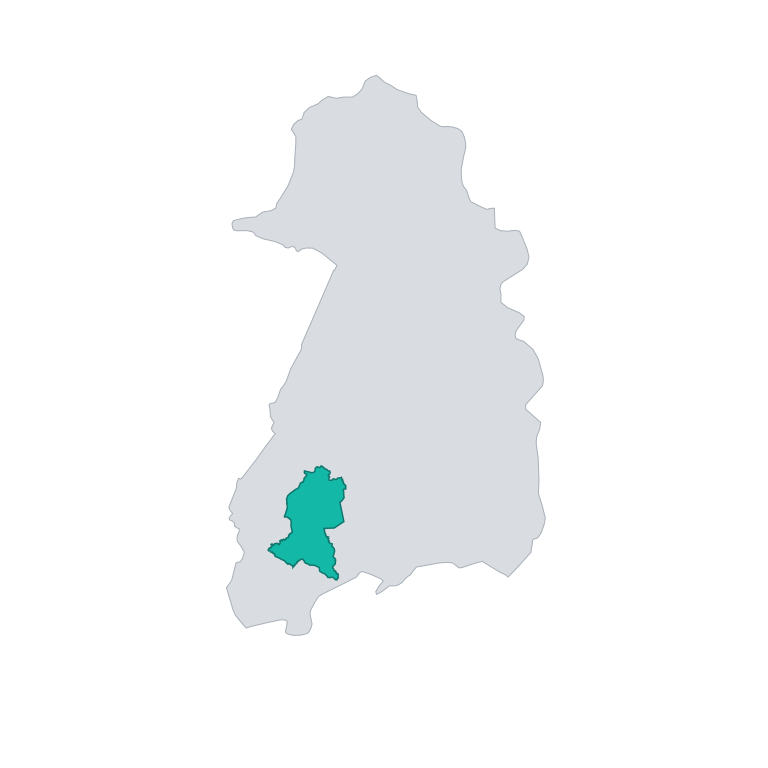 location of Gourma, Gourma, Burkina Faso, rotated 114°
{"feature_id": "67063806B98154706729521", "entity_name": "Gourma", "entity_type": "district", "adm_level": 2, "iso_a3": "BFA", "parent_name": "Burkina Faso", "parent_adm1": "Gourma", "projection": "mercator", "projection_center": [0.724, 12.228], "detail": "fine", "context": "in_parent", "style": "filled", "palette": "teal", "viewbox_px": 768, "rotation_deg": 114, "n_neighbors": 0, "source": "geoboundaries", "source_scale": "gbopen_adm2", "svg_char_len": 9113}
<svg xmlns="http://www.w3.org/2000/svg" viewBox="0 0 768 768"><g transform="rotate(114 384 384)"><path d="M558.0,475.7L539.9,476.4L533.3,478.4L529.3,478.4L529.1,476.8L528.7,475.8L505.8,470.2L489.7,466.9L473.4,463.2L472.5,466.7L470.1,468.9L466.6,469.0L464.2,468.5L462.5,471.1L459.9,474.6L456.1,476.4L452.4,478.5L450.3,480.4L448.8,480.5L445.1,476.0L440.1,475.5L430.8,476.3L426.7,475.1L421.0,474.5L407.6,475.4L386.1,473.6L382.6,474.6L381.7,475.4L360.5,475.6L337.1,475.8L317.6,476.0L300.5,476.2L300.4,475.4L294.9,475.3L294.3,476.8L289.5,494.7L288.9,504.5L291.5,510.5L294.4,514.3L297.7,515.9L298.0,518.1L295.4,520.9L295.6,523.8L298.7,526.8L299.4,529.9L297.9,533.1L298.2,541.0L300.5,553.4L300.6,561.4L298.4,565.1L299.5,571.4L303.7,580.3L304.4,584.0L302.9,585.8L299.4,588.1L295.9,588.0L291.8,582.6L289.9,580.2L286.6,574.8L283.8,569.3L279.9,566.9L276.2,564.7L271.6,557.7L267.2,554.4L262.5,555.4L255.7,554.1L242.0,552.3L227.2,552.9L221.0,554.4L215.0,557.0L199.6,562.6L193.6,565.3L189.0,572.3L183.8,572.1L178.5,569.9L175.3,566.7L168.3,567.4L161.5,564.4L155.0,558.3L150.2,556.3L144.0,551.9L142.3,543.6L138.4,537.7L134.8,529.6L129.5,526.0L123.4,524.0L114.9,524.4L109.4,521.2L105.0,516.4L106.1,512.3L108.1,506.4L108.3,500.8L109.7,491.6L108.8,480.1L107.3,472.1L112.0,468.8L117.4,465.8L120.7,460.4L124.2,448.2L125.7,437.6L124.6,433.7L122.8,430.6L121.4,426.0L120.6,420.5L121.6,415.6L125.7,411.1L130.8,407.4L134.4,405.6L144.1,403.7L156.1,400.9L163.1,397.7L168.2,394.6L171.0,392.0L173.9,386.9L178.6,382.9L182.2,378.9L182.7,367.6L182.7,361.2L180.0,357.7L178.5,354.7L196.4,345.9L196.5,339.7L194.0,332.8L190.5,327.2L189.2,322.4L194.2,316.7L198.6,312.4L201.8,308.8L208.8,303.3L216.1,301.8L222.8,303.9L242.3,316.9L245.7,317.7L249.8,316.8L255.0,313.3L261.7,310.6L264.1,301.9L263.9,289.1L265.4,283.3L269.0,282.2L280.2,284.7L283.1,284.8L286.4,284.0L288.8,281.7L288.7,277.6L288.2,273.9L291.8,262.0L298.5,253.1L312.1,241.9L316.3,239.7L321.2,238.5L345.5,246.2L349.4,244.3L355.4,225.2L362.0,223.4L369.9,223.1L375.0,221.4L377.6,220.1L389.2,212.9L409.5,203.0L420.5,198.8L422.6,197.2L430.5,190.2L440.9,182.1L447.5,180.5L456.7,179.9L462.5,181.2L464.0,183.5L465.9,184.7L477.9,181.3L495.0,186.7L509.9,192.1L508.9,195.4L508.8,201.4L507.6,210.9L506.1,222.3L512.2,229.6L519.5,237.5L521.5,240.6L519.6,248.3L520.9,252.9L524.8,260.5L531.4,270.1L538.1,280.0L542.8,281.3L547.3,282.1L550.0,283.9L553.9,285.6L557.9,286.7L561.3,288.9L563.5,291.0L566.3,297.1L573.9,301.1L579.2,305.1L577.1,307.1L570.5,306.3L564.2,304.6L563.4,307.5L563.2,318.6L564.2,327.9L565.6,329.2L571.9,330.9L586.8,343.0L600.4,354.4L604.9,357.4L612.4,358.5L620.8,359.0L624.4,357.9L632.5,352.1L636.8,351.5L640.8,351.7L643.0,352.6L646.9,357.3L650.5,364.4L651.5,369.6L651.2,372.4L650.0,373.4L643.3,374.8L640.4,375.9L639.7,377.4L640.7,380.9L642.0,383.2L649.3,393.4L659.8,407.1L663.0,410.6L661.2,414.7L655.8,425.5L651.9,429.9L634.2,445.1L625.5,443.3L607.4,446.4L604.7,442.9L600.4,442.4L595.2,443.0L593.2,444.4L592.7,445.9L590.8,448.0L587.4,454.0L584.8,455.5L581.6,456.4L577.7,456.3L575.3,457.1L575.3,460.1L574.6,462.7L571.9,464.0L570.8,466.9L571.0,469.7L569.5,471.0L566.0,470.3L564.0,469.5L562.1,473.2L559.7,475.7L558.0,475.7Z" fill="#d9dde1" stroke="#a8b0b8" stroke-width="1"/><path d="M486.6,385.0L487.3,385.4L487.7,386.0L488.2,387.1L488.8,387.9L489.0,388.2L490.0,388.3L490.5,388.6L490.8,389.0L490.9,389.9L491.3,391.9L492.9,392.2L494.2,394.8L493.9,395.3L493.6,395.6L492.2,396.1L491.0,395.9L490.6,396.4L490.5,397.3L490.2,397.9L489.5,397.6L489.2,397.6L488.7,397.2L487.3,397.0L487.2,397.1L486.8,397.2L485.7,398.1L485.7,398.5L485.8,398.9L486.1,399.2L486.1,399.6L485.4,401.4L485.4,403.2L485.4,404.0L484.8,405.1L484.7,405.5L484.8,406.2L484.7,406.6L484.2,407.4L484.7,408.3L486.1,408.5L486.7,409.3L486.8,409.6L486.7,410.2L486.8,411.4L487.1,411.8L489.0,412.5L491.3,411.7L491.9,411.7L492.5,411.8L493.2,412.2L493.8,412.9L494.2,413.6L494.5,413.8L494.7,415.7L495.5,419.9L495.7,421.3L497.0,420.9L497.8,420.3L498.0,420.0L497.7,418.7L497.8,418.5L498.3,417.6L498.9,417.2L499.3,417.4L499.8,417.9L502.9,418.6L504.8,418.0L505.4,418.0L505.9,418.4L506.3,418.1L506.6,418.2L506.7,418.4L506.9,418.3L507.1,418.5L507.3,418.7L507.2,418.8L507.4,419.2L508.3,420.0L513.0,419.9L514.0,420.1L515.0,420.8L516.7,422.2L518.2,423.0L522.1,425.2L524.9,426.4L525.7,426.5L526.0,426.4L527.9,426.3L528.9,426.1L529.5,425.9L529.9,425.4L530.9,424.8L531.6,424.8L532.3,424.5L532.5,424.0L533.3,423.8L534.1,423.3L534.6,422.7L535.1,422.4L538.6,421.7L543.3,421.1L544.4,421.3L545.5,421.0L545.9,420.8L545.8,420.2L545.0,418.7L544.9,417.9L545.1,417.2L545.4,416.9L545.3,416.4L545.5,415.5L545.8,415.2L545.7,414.5L546.2,413.8L547.6,412.8L549.6,411.9L550.2,411.8L550.8,411.4L552.0,410.9L554.9,408.8L556.0,407.7L556.4,407.5L556.6,407.7L557.3,407.7L557.5,408.3L558.2,408.3L558.6,408.5L559.0,409.0L559.2,408.9L559.5,409.3L559.9,409.2L560.3,409.4L560.6,409.2L561.0,409.6L562.3,409.0L562.9,409.2L563.2,409.5L563.5,409.2L563.7,409.8L563.9,410.1L564.2,410.2L564.7,410.7L565.5,410.4L565.7,410.6L565.9,410.6L566.1,410.8L566.2,411.1L566.5,411.0L566.8,411.1L566.7,411.3L566.8,411.4L566.6,411.7L566.8,412.0L566.7,412.3L566.9,412.3L567.0,412.4L566.9,412.5L567.1,412.6L567.1,412.8L568.0,412.9L567.9,413.0L568.2,413.5L567.9,413.6L568.1,413.9L568.0,414.2L568.1,414.4L568.5,414.6L568.7,414.3L569.0,414.6L569.1,414.4L569.4,414.6L569.2,414.8L569.8,415.0L569.9,415.3L570.5,414.8L570.8,414.7L571.0,414.5L571.1,414.3L571.4,414.3L572.1,414.0L572.5,414.3L573.2,414.3L573.4,414.7L573.1,414.9L573.3,415.1L573.1,415.3L573.1,415.7L573.3,416.1L573.2,416.4L572.9,416.3L572.9,416.6L573.2,417.0L573.4,417.6L573.8,417.9L574.3,418.9L574.6,419.1L576.2,419.3L576.7,419.7L575.8,420.5L575.7,420.8L575.9,420.9L575.8,421.4L576.0,421.7L576.7,421.9L576.9,421.6L576.8,421.0L577.1,420.5L577.4,420.4L577.9,420.5L578.3,420.7L578.5,420.6L578.9,421.0L579.3,420.9L579.7,421.0L579.9,421.3L580.0,421.2L580.1,421.4L580.1,421.2L580.5,421.5L580.4,421.8L581.3,422.3L582.2,422.0L582.8,422.3L583.0,421.8L583.0,421.7L582.7,421.5L582.8,421.3L583.1,421.3L582.9,421.0L582.8,420.4L583.0,419.9L583.7,418.8L583.3,418.6L583.3,418.2L583.0,417.8L582.9,417.4L583.3,417.1L583.5,417.2L583.9,416.5L583.8,416.3L583.9,416.1L583.5,415.9L583.6,415.3L584.2,414.5L584.5,414.5L584.7,414.1L585.3,413.9L585.3,413.6L585.5,413.4L585.7,413.1L585.6,412.7L585.9,412.1L585.7,411.6L585.5,411.4L585.6,410.9L585.7,407.9L586.0,406.5L585.9,404.3L586.0,402.5L586.9,401.3L587.0,400.3L587.4,399.8L587.2,399.1L587.3,398.8L587.7,398.7L587.7,398.3L587.0,397.7L586.6,397.7L587.2,395.2L587.0,394.9L587.2,394.2L587.9,392.9L588.5,392.6L588.0,392.5L587.8,392.7L587.5,392.6L586.7,392.8L586.7,392.5L587.2,392.3L587.1,392.1L586.3,392.2L586.1,391.8L585.6,391.7L585.3,391.9L584.8,391.8L584.1,391.2L583.2,391.0L582.8,390.8L582.7,390.6L582.3,390.6L581.7,390.8L581.5,390.7L581.5,390.8L581.0,390.3L580.1,390.2L579.9,390.0L580.0,389.8L579.8,389.7L579.7,389.9L579.7,389.7L579.4,389.4L578.8,389.2L578.7,388.9L578.3,388.8L577.3,388.0L577.3,387.7L577.0,387.6L577.7,385.9L577.8,385.4L578.1,384.9L578.8,384.5L579.2,383.4L579.6,382.9L579.3,379.6L579.8,378.5L578.5,375.4L578.1,374.9L578.2,374.1L577.9,373.4L578.0,372.9L577.9,372.4L578.0,368.5L580.0,367.4L581.3,366.4L581.7,362.4L581.4,361.5L581.5,360.9L582.7,357.9L582.7,357.5L583.5,356.8L583.5,356.6L583.3,356.3L583.2,355.2L581.8,353.1L581.5,351.8L581.7,350.7L582.2,349.9L582.2,349.3L582.5,349.0L582.5,348.8L582.5,348.2L582.3,347.7L581.7,347.2L580.8,347.5L580.4,347.4L579.9,346.9L579.6,346.9L579.5,347.3L579.1,347.4L578.6,347.7L578.4,347.7L578.1,347.9L577.3,348.0L576.9,348.4L576.5,348.4L576.3,348.6L576.1,349.1L576.4,350.1L576.3,350.3L576.0,350.4L575.8,350.7L575.7,351.1L575.9,351.0L575.5,351.8L575.3,351.6L575.0,351.6L574.7,351.9L574.5,353.2L574.7,353.6L574.6,354.0L573.3,354.9L572.9,355.8L572.2,356.5L571.7,356.4L571.6,356.5L568.1,355.3L566.9,355.9L566.4,355.9L566.0,356.1L564.9,356.8L564.7,356.5L563.8,357.1L563.2,358.1L562.8,359.7L562.3,360.2L560.9,360.5L559.8,360.6L556.8,361.1L556.2,361.5L555.0,362.3L554.6,362.7L554.4,363.3L553.7,364.2L553.5,364.9L553.5,365.7L553.4,365.9L551.2,366.1L551.1,366.4L551.4,367.6L551.3,369.4L551.2,369.5L550.8,369.5L550.9,369.9L550.6,370.5L550.2,370.6L549.9,370.4L549.5,370.4L549.4,370.6L549.2,371.4L548.7,371.8L547.8,372.0L547.6,371.9L547.7,372.7L547.1,372.8L547.2,373.7L547.0,373.9L546.8,373.9L546.5,373.5L546.6,374.6L546.5,374.8L546.4,374.9L546.4,375.5L546.2,375.7L545.7,375.7L545.2,376.0L544.4,377.0L544.3,377.3L544.1,377.2L543.9,377.4L543.6,378.0L543.3,378.2L542.5,378.3L542.3,378.6L541.6,379.1L540.8,379.4L541.0,379.8L540.7,380.1L540.3,380.1L535.8,370.9L526.0,364.7L510.0,376.2L509.0,375.5L508.3,375.2L504.4,374.2L504.0,374.2L503.5,374.8L502.9,374.9L502.2,375.4L498.7,377.1L497.3,378.0L496.7,378.2L496.2,377.6L495.7,377.2L495.6,376.6L495.0,376.8L495.0,376.4L494.3,376.7L494.3,376.9L494.1,377.0L493.7,377.3L492.7,377.3L492.4,378.2L492.2,378.2L492.1,378.5L491.7,378.9L491.6,380.6L491.0,380.6L490.8,380.7L490.7,381.1L490.4,381.0L490.1,381.2L490.0,381.5L489.7,381.6L489.6,381.9L489.2,382.2L489.1,382.6L488.8,382.8L488.7,382.7L488.3,382.9L488.5,383.1L488.3,383.1L488.3,383.5L487.8,384.1L487.5,384.4L486.9,384.6L486.6,385.0Z" fill="#14b8a6" stroke="#0f766e" stroke-width="1.5"/></g></svg>